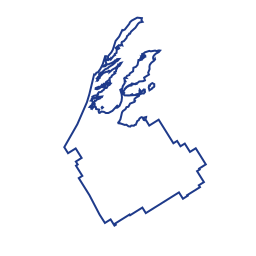 the district of Shark Bay, Western Australia, Australia, rotated 58°
{"feature_id": "25037944B60313460254351", "entity_name": "Shark Bay", "entity_type": "district", "adm_level": 2, "iso_a3": "AUS", "parent_name": "Australia", "parent_adm1": "Western Australia", "projection": "mercator", "projection_center": [113.623, -26.392], "detail": "fine", "context": "isolated", "style": "outline", "palette": "blue", "viewbox_px": 256, "rotation_deg": 58, "n_neighbors": 0, "source": "geoboundaries", "source_scale": "gbopen_adm2", "svg_char_len": 5661}
<svg xmlns="http://www.w3.org/2000/svg" viewBox="0 0 256 256"><g transform="rotate(58 128 128)"><path d="M130.4,108.6L130.4,109.6L129.5,110.4L128.4,110.3L128.1,108.4L128.8,107.2L128.3,106.8L127.4,109.8L126.1,110.6L125.9,111.5L126.1,113.3L127.1,114.8L127.0,116.4L129.4,119.7L128.9,120.7L129.2,121.8L127.7,123.9L128.0,125.3L126.8,126.7L124.4,127.6L123.7,129.1L119.1,132.8L119.5,132.9L118.9,133.6L118.2,133.4L117.9,132.3L118.1,132.9L118.1,132.3L118.6,132.5L117.6,131.7L116.6,129.8L111.6,124.8L110.9,123.3L110.7,120.2L109.5,118.2L110.2,116.4L108.4,113.3L109.3,108.6L108.7,107.6L107.8,107.9L106.8,107.0L106.4,104.5L106.7,101.9L105.6,100.4L106.2,97.6L107.1,96.4L106.5,94.6L105.3,94.6L104.3,93.5L103.7,94.1L105.1,99.9L104.6,102.9L105.0,102.3L101.8,108.3L101.7,106.6L102.3,106.4L101.6,106.5L101.3,109.3L98.5,113.6L96.7,114.0L96.0,111.8L96.0,112.8L95.2,113.5L94.3,113.5L93.8,112.7L92.5,113.0L94.0,112.6L94.3,112.0L92.4,107.8L92.3,104.9L92.7,102.4L92.3,101.1L94.7,98.7L95.0,97.7L94.4,97.8L94.8,95.8L94.5,93.8L96.3,90.4L96.6,88.4L93.8,87.6L93.8,81.9L91.8,81.6L89.5,78.5L87.3,77.3L85.9,75.9L85.0,73.5L84.7,69.9L84.6,70.3L84.2,68.7L83.9,68.6L84.3,69.3L83.7,70.0L82.6,69.9L81.2,69.1L80.3,67.7L79.7,65.1L79.9,61.7L79.3,59.8L78.6,60.6L77.8,63.2L76.7,64.0L75.1,68.0L73.9,69.1L72.8,73.5L73.1,75.7L72.7,76.7L73.9,77.7L75.7,80.9L76.5,81.3L76.3,80.4L75.4,79.7L76.2,79.2L76.1,78.7L75.9,78.5L75.9,78.8L75.5,79.2L75.1,79.1L75.8,78.8L75.9,77.8L74.9,76.5L75.6,75.8L74.8,75.5L75.7,75.0L76.7,75.5L76.5,76.0L76.1,75.6L75.8,76.0L76.6,76.3L76.7,77.1L76.0,76.7L75.9,77.4L77.2,79.7L76.3,80.0L77.1,81.1L75.9,83.1L79.5,86.4L80.3,88.8L79.8,91.5L82.6,93.6L82.7,97.6L83.8,98.8L83.2,101.1L84.1,103.2L84.5,103.1L83.6,104.3L84.1,105.1L86.9,105.4L86.5,106.0L88.2,107.0L89.8,110.3L91.5,111.9L91.5,114.3L96.0,115.5L99.0,117.0L101.7,119.2L104.7,123.4L105.1,126.1L104.3,127.9L104.0,127.7L105.2,132.1L104.9,136.6L103.6,138.8L101.5,139.9L100.0,141.8L100.2,144.0L99.7,144.5L98.3,144.1L97.1,142.7L95.0,145.0L93.3,144.2L92.1,144.6L91.4,143.8L92.1,145.2L91.4,146.6L91.7,147.1L92.2,146.2L92.3,146.7L91.6,147.4L92.7,148.5L92.3,148.8L92.0,148.1L91.0,148.2L89.9,149.4L89.4,147.8L90.0,147.2L89.7,146.3L90.0,146.0L89.4,144.9L89.9,144.1L89.6,143.8L89.8,143.4L89.2,143.3L88.3,145.2L87.8,144.5L87.7,141.9L87.2,141.5L87.8,140.9L87.4,139.1L88.1,136.2L87.7,135.0L88.0,133.8L87.6,133.2L86.7,135.2L86.9,136.9L86.7,137.6L87.3,137.9L86.9,139.0L86.6,138.6L86.6,137.5L86.8,136.8L86.4,135.2L86.1,137.1L85.0,136.9L85.4,139.4L84.7,140.6L84.6,142.6L85.9,144.2L85.3,144.8L85.2,143.8L84.3,143.7L83.5,142.0L82.6,141.7L82.7,139.6L83.9,136.4L83.8,135.7L82.9,135.5L82.2,133.6L82.8,133.0L83.2,130.9L82.8,130.5L82.8,128.5L81.9,126.9L82.7,124.8L81.4,122.5L81.7,120.9L81.1,119.1L80.7,119.5L79.4,118.9L79.8,119.5L79.5,120.8L78.2,121.4L79.1,122.5L79.7,122.3L79.4,123.5L80.5,125.4L79.8,128.1L79.0,129.0L79.2,131.4L78.6,132.3L79.0,132.4L78.8,133.6L77.7,134.8L77.0,134.2L77.6,130.7L78.7,129.9L77.5,127.1L78.3,126.6L78.7,128.3L79.0,125.6L77.7,125.0L78.5,123.4L77.4,122.2L77.2,118.4L76.0,117.1L75.8,114.7L75.0,114.0L74.8,110.2L74.2,110.5L73.4,110.0L73.7,108.3L71.5,106.4L71.7,105.8L70.7,104.7L70.8,102.3L69.2,99.0L68.8,100.2L69.5,101.8L68.9,102.7L70.2,103.7L69.9,105.1L70.8,106.2L70.4,106.8L70.2,110.3L70.8,114.0L70.1,113.4L69.3,113.8L69.4,115.9L68.8,116.5L68.6,118.8L67.3,120.7L68.6,120.7L69.7,125.1L70.5,125.3L70.5,127.2L71.0,127.3L71.6,128.0L71.7,129.0L71.7,129.7L71.3,127.7L71.2,128.5L70.6,127.4L70.4,128.2L69.5,128.3L69.3,127.3L69.6,127.1L68.8,126.3L69.3,124.8L68.7,123.0L67.5,124.3L66.7,123.5L67.0,122.9L66.5,122.1L67.1,121.5L66.1,116.2L66.6,113.4L66.2,112.6L66.2,107.3L65.8,104.6L65.3,103.9L65.5,101.2L64.8,98.9L63.8,100.7L64.3,101.3L63.8,103.5L64.3,104.2L64.2,107.3L63.6,110.9L63.0,111.7L63.5,114.6L62.8,116.2L62.1,112.3L57.8,111.0L57.5,110.3L55.4,108.7L55.0,109.3L60.5,115.6L63.3,120.2L64.8,123.9L64.4,125.5L65.4,127.4L64.6,128.3L78.8,142.8L84.4,149.2L98.0,169.0L110.5,192.2L117.6,192.2L117.6,183.2L128.8,183.2L128.8,190.0L132.3,190.0L132.4,192.1L144.4,192.1L144.4,196.3L164.5,196.3L186.4,198.0L196.3,197.9L196.3,191.2L203.6,191.2L203.6,189.6L202.2,189.6L202.2,172.5L203.1,172.5L203.1,158.0L209.6,158.0L209.6,118.9L217.1,118.9L217.1,113.3L216.3,113.4L216.3,98.3L214.1,98.3L214.1,92.3L201.2,92.3L201.2,89.2L200.1,89.2L200.1,81.3L181.1,81.3L181.1,88.1L171.3,88.1L171.3,93.2L165.0,93.2L165.0,97.6L137.2,97.6L137.2,108.7L130.4,108.6ZM44.6,62.3L45.7,59.4L43.7,59.5L42.2,58.0L39.3,61.7L38.9,67.9L39.4,70.4L40.3,71.6L42.8,78.5L42.6,80.4L41.9,80.9L45.8,87.0L47.6,92.4L53.6,99.4L55.0,102.0L56.6,107.1L58.6,108.0L59.1,110.1L60.0,108.7L59.6,107.3L60.5,106.8L59.9,105.7L60.6,105.8L59.3,102.1L59.3,100.5L58.7,100.6L58.2,100.0L58.2,97.9L55.7,96.1L55.8,93.3L54.6,93.2L55.0,95.3L54.6,95.9L53.6,96.0L52.9,91.8L54.0,90.8L53.8,90.1L54.9,89.1L52.5,88.5L51.8,87.6L52.1,85.4L50.9,81.6L49.5,80.0L49.4,78.4L48.6,76.9L49.1,76.3L47.9,74.4L46.9,68.6L44.9,64.2L44.6,62.3ZM107.2,86.9L106.9,85.8L107.0,84.4L106.7,83.7L104.7,82.5L102.8,83.6L102.9,85.9L104.3,87.8L103.4,87.3L103.2,87.6L104.7,89.0L107.4,89.8L107.3,85.9L107.2,86.9ZM96.6,139.4L97.5,139.5L97.3,138.4L96.4,138.7L96.6,139.4ZM104.7,100.0L104.7,101.0L104.9,100.2L103.9,99.0L103.2,98.8L103.1,98.2L102.4,98.3L102.3,97.7L101.8,97.8L104.7,100.0ZM104.1,102.6L104.5,101.4L104.0,102.6L103.7,104.0L104.5,102.9L104.1,102.6ZM103.2,124.9L103.9,127.1L103.7,124.4L103.4,125.2L103.2,124.9ZM67.6,122.5L67.4,121.4L67.0,121.9L67.6,122.5ZM92.7,104.9L93.8,102.5L93.5,102.1L93.5,103.0L92.7,104.9ZM92.6,104.9L92.7,107.1L92.8,106.3L92.6,104.9ZM92.6,107.3L92.8,108.6L93.0,108.4L92.6,107.3ZM105.2,94.0L106.2,94.4L105.5,94.0L105.2,94.0ZM93.3,100.7L93.6,100.6L93.6,100.0L93.3,100.7Z" fill="none" stroke="#1e3a8a" stroke-width="2"/></g></svg>